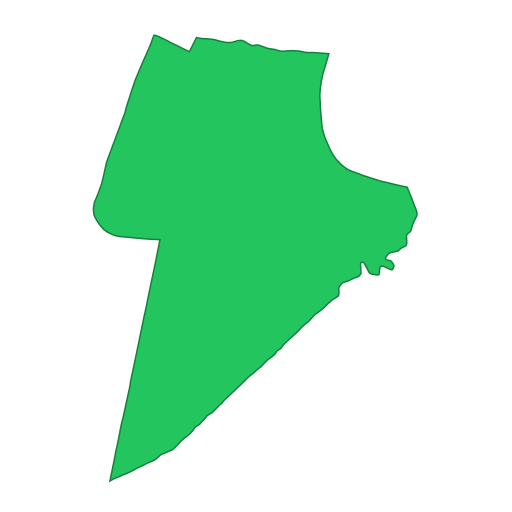 the district of Bang Sue, Bangkok Metropolis, Thailand, rotated 179°
{"feature_id": "78962969B39307621639221", "entity_name": "Bang Sue", "entity_type": "district", "adm_level": 2, "iso_a3": "THA", "parent_name": "Thailand", "parent_adm1": "Bangkok Metropolis", "projection": "albers", "projection_center": [100.522, 13.824], "detail": "fine", "context": "isolated", "style": "filled", "palette": "green", "viewbox_px": 512, "rotation_deg": 179, "n_neighbors": 0, "source": "geoboundaries", "source_scale": "gbopen_adm2", "svg_char_len": 6021}
<svg xmlns="http://www.w3.org/2000/svg" viewBox="0 0 512 512"><g transform="rotate(179 256 256)"><path d="M169.2,346.0L174.1,351.2L177.0,355.4L179.8,360.7L183.4,369.1L185.6,374.9L187.2,381.0L187.9,386.3L188.3,392.1L188.9,400.8L189.4,415.5L188.8,422.2L187.6,429.7L185.6,438.2L183.3,445.1L179.6,457.0L185.8,457.6L195.0,458.4L200.6,458.5L201.2,458.5L204.2,459.0L208.8,460.1L215.0,460.7L220.6,460.6L226.5,460.2L228.9,460.7L234.1,462.3L238.2,462.9L240.7,463.4L245.8,465.3L249.1,466.6L250.6,467.0L251.3,467.0L255.5,466.5L256.3,466.5L257.2,466.9L259.5,468.0L264.2,471.0L265.6,471.5L266.5,471.8L268.1,471.8L270.1,471.7L274.7,470.5L276.3,470.0L277.2,470.0L281.0,469.9L284.1,470.4L288.5,471.5L294.0,473.1L300.4,474.0L306.7,474.4L311.7,475.4L319.0,461.5L321.4,462.6L322.2,463.0L326.1,465.0L333.2,468.7L338.2,471.2L341.1,472.9L348.9,476.8L351.5,477.9L352.2,478.2L354.2,478.5L354.9,476.7L355.7,474.8L356.4,472.8L357.3,470.4L358.6,467.5L359.7,464.9L360.5,463.2L363.3,457.2L366.2,451.0L367.9,447.2L370.4,441.5L372.6,436.5L374.0,433.3L376.1,427.2L378.2,421.3L379.6,417.0L381.4,412.0L382.7,408.1L383.8,404.1L384.6,401.3L386.3,397.1L387.8,393.3L389.8,388.0L392.3,381.6L394.1,377.1L395.5,373.4L396.5,371.1L398.0,367.2L399.2,364.1L401.0,359.5L402.1,356.8L403.9,351.8L404.1,351.0L404.9,347.7L406.2,342.3L407.4,337.4L408.2,334.3L408.6,332.6L408.9,331.6L409.8,329.0L411.3,325.1L412.6,321.7L414.3,317.6L416.5,312.9L417.2,309.5L417.5,307.8L417.7,305.9L417.7,304.4L417.6,303.2L417.4,301.1L417.1,299.5L416.2,297.3L413.8,293.0L411.7,289.9L409.8,287.5L407.7,285.1L405.4,283.4L404.2,282.5L399.5,280.1L396.8,279.0L391.9,277.8L390.4,277.7L385.9,277.2L380.5,276.6L370.6,275.5L362.2,274.7L351.7,274.0L353.1,267.7L355.5,256.6L357.1,249.3L362.5,225.8L367.0,205.6L368.1,200.9L369.0,197.2L370.9,188.7L373.1,179.0L377.9,157.6L383.5,133.3L384.3,128.2L392.1,95.2L392.4,94.5L393.5,90.4L396.5,76.2L399.2,64.4L400.0,61.2L400.6,57.7L406.0,33.5L402.2,35.7L398.5,37.1L396.5,37.8L394.1,39.0L390.1,40.5L388.4,41.1L384.8,42.7L380.7,44.9L377.2,46.6L372.4,48.7L367.9,50.9L365.2,52.0L362.7,53.0L361.7,53.5L361.1,53.7L360.5,54.1L359.5,54.7L358.5,55.6L357.2,56.8L354.7,59.0L353.6,59.5L351.2,60.3L349.9,60.9L347.6,61.8L343.6,63.4L342.1,64.3L340.5,65.9L339.4,66.9L338.2,67.9L337.0,69.2L335.9,70.5L334.4,72.1L332.1,74.1L331.0,75.0L330.1,75.6L327.8,77.2L326.2,78.5L323.8,80.8L321.5,83.5L319.6,86.1L315.7,88.5L314.7,89.3L313.5,90.9L311.4,92.8L309.9,94.4L307.8,97.1L305.7,98.4L302.6,100.1L294.4,108.2L293.0,109.1L292.4,109.8L290.5,112.1L286.1,116.1L282.3,119.6L280.3,121.4L279.0,122.6L277.7,123.8L277.0,124.5L274.3,126.9L272.3,128.7L268.7,132.2L266.4,134.5L264.5,136.0L262.6,137.5L261.8,138.1L260.7,138.9L260.0,139.5L259.0,140.3L258.3,141.0L257.5,141.9L255.7,143.2L254.5,144.1L253.5,144.8L252.4,145.8L251.3,146.9L249.1,149.1L247.8,150.5L246.1,151.9L244.7,153.0L242.2,154.7L241.0,155.6L239.6,156.8L238.8,157.7L237.8,158.9L236.8,160.5L236.4,160.9L235.7,161.3L234.2,162.2L233.5,162.6L233.1,162.9L232.4,163.5L231.0,165.5L230.3,166.5L229.6,167.2L228.5,168.3L226.1,170.4L224.2,172.1L221.9,174.2L220.1,175.8L219.8,176.1L219.5,176.4L217.1,178.3L215.4,180.0L212.9,182.6L211.1,184.4L207.7,187.2L205.6,188.8L203.9,190.4L201.1,193.3L199.0,195.5L198.0,196.5L197.1,197.1L195.4,198.2L194.4,198.9L193.4,199.7L191.3,201.3L189.7,202.4L188.8,203.3L188.3,203.7L187.8,204.2L187.1,205.0L185.9,206.1L183.7,208.1L182.8,208.9L182.0,209.6L181.0,210.4L176.9,213.0L175.4,213.9L174.9,214.3L174.5,214.6L174.2,215.2L174.2,215.3L173.9,215.9L173.8,216.5L173.8,217.2L173.7,218.4L173.8,221.6L173.7,222.5L173.5,223.1L173.2,223.8L172.5,224.8L171.3,226.3L170.2,227.4L169.7,227.8L169.1,228.1L168.4,228.3L167.4,228.6L166.4,228.8L165.3,229.1L164.3,229.4L163.6,229.7L161.3,230.8L159.4,231.7L157.7,232.4L156.3,232.9L155.1,233.3L154.6,233.4L154.1,233.6L153.8,233.9L153.2,234.3L151.8,235.8L151.5,236.2L151.4,236.7L151.4,236.9L151.4,237.2L151.4,239.5L151.5,243.0L151.6,245.6L151.6,246.6L151.6,246.9L151.5,247.2L151.4,247.3L151.2,247.5L150.7,247.7L150.1,247.8L149.4,247.8L149.0,247.7L148.7,247.7L148.3,247.4L148.1,247.1L147.8,246.7L146.4,244.0L145.1,241.3L144.3,239.8L143.5,238.1L143.2,237.5L142.9,237.2L142.5,236.9L142.2,236.7L141.8,236.4L141.5,236.3L141.2,236.1L140.7,235.9L139.4,235.7L138.3,235.5L136.2,235.1L134.8,234.9L134.5,234.9L134.2,234.9L134.0,235.0L133.8,235.1L133.6,235.2L133.4,235.4L133.3,235.6L133.1,236.0L133.0,236.4L132.9,236.9L132.8,237.8L132.7,239.6L132.5,241.1L132.4,241.9L132.3,242.3L132.1,242.6L132.0,242.9L131.7,243.1L131.5,243.3L131.1,243.5L130.7,243.6L130.3,243.6L129.9,243.6L129.5,243.6L129.1,243.5L128.7,243.4L128.2,243.2L127.9,243.1L127.2,242.8L124.8,241.5L122.6,240.5L121.0,239.9L120.7,239.8L120.3,239.8L120.1,239.9L120.0,240.1L119.5,240.7L119.2,241.0L119.0,241.5L118.6,242.3L118.5,242.7L118.4,243.4L118.3,243.9L118.4,244.2L118.5,244.7L118.7,245.2L119.2,246.1L119.3,246.2L120.2,247.5L120.9,248.4L121.3,248.7L121.7,248.9L122.4,249.2L123.5,249.4L124.9,249.6L125.5,249.9L125.8,250.0L126.1,250.2L126.3,250.5L126.5,250.7L126.6,251.0L126.6,251.3L126.6,251.5L126.5,251.8L126.4,252.2L125.9,252.9L124.9,254.3L123.9,255.4L123.6,255.7L123.4,255.9L123.0,256.2L122.7,256.4L122.4,256.5L122.0,256.7L121.5,256.9L119.1,257.5L117.6,257.8L116.4,258.0L116.2,258.1L114.6,258.4L113.8,258.6L113.6,258.7L113.5,258.8L113.2,259.1L112.1,260.2L111.4,260.8L111.1,261.1L110.6,261.3L110.0,261.7L109.3,262.0L108.2,262.5L107.4,262.9L106.7,263.2L106.3,263.5L106.0,263.8L105.8,264.0L105.6,264.4L105.5,264.7L105.3,265.1L105.2,265.5L105.1,266.1L105.1,266.4L105.0,267.0L105.0,267.6L105.0,268.2L105.1,270.0L105.2,272.6L105.2,273.5L105.1,274.1L104.9,274.5L104.5,275.0L104.0,275.5L103.2,276.3L102.3,276.8L101.2,277.9L100.9,278.3L100.5,279.2L100.2,280.0L99.5,282.6L98.9,284.2L97.6,287.6L97.4,288.0L94.7,292.9L94.4,293.8L94.3,295.7L94.5,297.4L95.0,299.1L97.1,304.7L99.8,312.3L103.7,322.2L109.5,323.5L116.4,325.2L123.1,327.0L129.0,328.4L135.1,330.4L141.8,332.7L146.5,334.3L151.0,336.1L154.3,337.3L158.8,339.1L162.1,340.6L164.6,342.2L166.2,343.4L166.8,343.9L168.4,345.3L169.2,346.0Z" fill="#22c55e" stroke="#15803d" stroke-width="1.5"/></g></svg>